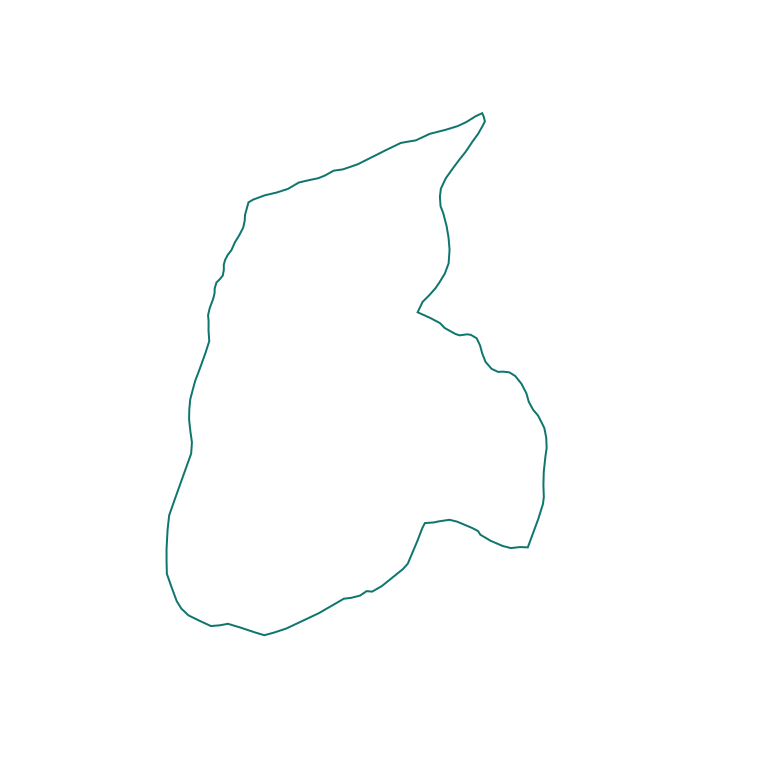 the district of Mvoung, Ogooué-Ivindo, Gabon, rotated 21°
{"feature_id": "22940354B15845982668686", "entity_name": "Mvoung", "entity_type": "district", "adm_level": 2, "iso_a3": "GAB", "parent_name": "Gabon", "parent_adm1": "Ogooué-Ivindo", "projection": "equal_earth", "projection_center": [12.149, 0.446], "detail": "fine", "context": "isolated", "style": "outline", "palette": "teal", "viewbox_px": 768, "rotation_deg": 21, "n_neighbors": 0, "source": "geoboundaries", "source_scale": "gbopen_adm2", "svg_char_len": 2010}
<svg xmlns="http://www.w3.org/2000/svg" viewBox="0 0 768 768"><g transform="rotate(21 384 384)"><path d="M378.6,96.0L373.6,101.2L367.0,109.9L360.4,116.8L350.7,124.4L337.0,134.1L326.3,145.2L319.1,149.4L313.2,153.0L302.3,164.6L281.0,188.0L268.8,198.3L260.4,203.0L254.2,210.5L248.8,215.5L240.4,220.9L232.2,226.5L224.4,236.3L214.8,244.0L205.3,250.4L195.8,258.7L192.4,263.0L192.8,267.3L193.7,276.1L195.5,281.7L196.5,288.5L195.6,296.8L194.0,305.2L193.6,313.7L191.8,319.6L191.2,325.2L191.7,330.1L193.6,334.9L194.6,340.5L193.3,344.6L191.2,349.3L191.7,355.5L193.3,360.0L194.0,365.6L194.1,375.2L194.4,377.9L195.1,382.8L197.6,387.9L201.0,396.9L205.5,406.6L206.2,419.0L206.5,432.1L206.6,441.4L206.6,448.7L207.5,457.7L208.6,467.7L211.3,477.4L214.7,486.9L220.7,498.5L225.6,507.3L228.9,518.0L230.0,566.5L230.5,583.6L234.2,597.7L240.1,615.9L244.2,626.6L249.3,639.0L258.8,650.2L268.4,661.1L275.3,666.3L284.4,670.1L295.9,671.1L309.2,672.0L317.6,667.9L324.2,663.8L338.0,662.8L353.4,662.1L362.3,661.4L370.0,655.8L380.4,647.3L405.3,621.3L423.4,598.9L429.8,595.5L437.4,590.2L442.0,583.6L447.3,582.1L454.4,573.4L468.0,550.0L470.6,543.2L471.4,518.4L471.4,505.0L472.0,499.2L480.1,495.4L484.4,492.6L493.8,487.3L501.5,486.3L517.6,486.8L524.5,487.6L528.0,490.2L539.9,492.2L552.9,492.7L561.3,491.7L569.4,487.5L576.8,485.0L576.4,454.9L575.4,439.0L573.7,432.2L569.1,421.4L564.7,409.0L560.6,393.5L558.8,385.5L554.7,376.0L549.5,367.7L545.3,363.8L539.2,358.3L532.4,354.6L525.6,348.8L520.2,341.6L512.2,334.5L503.6,329.5L496.9,328.2L490.7,329.8L486.2,331.8L479.0,331.3L470.8,326.9L464.6,320.1L459.9,313.6L454.1,308.1L447.4,307.0L443.8,307.8L437.1,311.5L432.7,311.7L420.7,310.0L414.4,307.1L403.7,305.8L389.7,305.0L390.6,293.5L394.5,284.8L397.8,276.0L399.4,269.1L401.2,259.2L401.1,248.2L397.1,235.2L391.8,224.2L385.8,214.1L378.1,203.3L373.1,197.8L369.1,189.2L367.1,181.3L367.9,170.1L370.9,158.4L374.0,147.4L376.9,138.3L379.8,125.7L382.2,116.8L383.4,108.8L384.1,102.7L381.4,98.8L378.6,96.0Z" fill="none" stroke="#0f766e" stroke-width="2"/></g></svg>